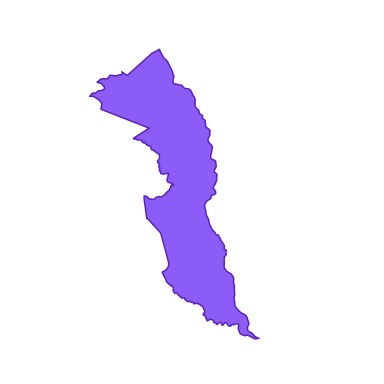 Xique-Xique, Bahia, Brazil (Mercator projection), rotated 128°
{"feature_id": "56859067B66564392047152", "entity_name": "Xique-Xique", "entity_type": "district", "adm_level": 2, "iso_a3": "BRA", "parent_name": "Brazil", "parent_adm1": "Bahia", "projection": "mercator", "projection_center": [-42.742, -10.906], "detail": "fine", "context": "isolated", "style": "filled", "palette": "violet", "viewbox_px": 384, "rotation_deg": 128, "n_neighbors": 0, "source": "geoboundaries", "source_scale": "gbopen_adm2", "svg_char_len": 6078}
<svg xmlns="http://www.w3.org/2000/svg" viewBox="0 0 384 384"><g transform="rotate(128 192 192)"><path d="M99.9,305.9L101.9,306.4L107.5,309.0L140.1,314.8L140.5,321.0L141.5,320.0L142.6,319.8L143.9,320.6L144.4,321.3L144.9,321.9L146.5,322.7L147.4,323.3L147.5,324.1L147.9,324.7L148.5,325.2L149.0,326.0L149.1,326.7L150.3,328.3L151.0,328.5L152.8,328.3L154.3,328.3L155.0,328.5L155.3,329.1L156.5,330.2L157.0,331.4L157.4,331.9L158.0,332.2L159.0,332.9L159.5,333.6L161.7,333.9L163.7,334.4L163.6,332.8L162.7,331.8L162.5,331.1L162.5,329.6L163.0,327.8L162.9,326.1L164.6,324.6L166.4,324.8L167.4,325.9L168.0,326.1L169.0,327.1L169.5,327.4L169.9,328.0L171.5,328.5L172.1,328.4L173.6,328.8L174.2,330.4L175.3,330.8L176.3,331.6L179.4,331.4L178.6,330.2L177.4,328.8L176.9,325.0L176.8,322.6L176.9,320.5L177.4,318.9L177.9,317.5L182.8,314.6L168.1,265.1L185.8,271.2L186.0,270.4L185.7,269.8L185.0,269.4L184.5,267.6L184.5,266.6L183.8,266.2L183.3,265.7L182.7,264.3L182.9,263.2L182.7,262.2L183.2,261.8L183.0,260.1L182.1,260.1L181.8,259.4L182.3,258.9L182.8,256.6L182.2,256.0L182.5,255.3L182.3,254.5L181.5,253.6L181.5,252.9L181.9,252.2L182.6,251.9L183.5,249.8L183.4,249.2L183.0,248.8L182.7,248.1L183.0,247.2L182.8,245.5L183.0,244.7L182.6,244.1L182.8,243.2L182.8,242.4L182.5,241.9L182.5,241.4L183.7,239.9L184.1,239.3L185.7,238.2L186.6,238.3L187.9,238.1L188.9,238.3L190.0,237.0L189.4,235.6L189.8,234.9L190.5,234.9L191.1,234.6L191.5,234.2L192.3,234.0L192.7,233.5L192.6,232.9L192.6,232.1L193.3,231.8L193.9,232.0L194.4,231.6L194.9,231.0L195.5,230.1L195.3,229.3L196.4,228.5L196.6,227.6L195.7,226.4L195.7,225.7L194.5,224.7L193.7,224.3L192.8,222.8L192.3,222.5L191.9,221.7L197.4,219.4L198.3,218.7L198.9,218.0L199.0,217.3L198.5,215.1L197.4,213.4L197.8,211.8L197.9,210.8L198.7,211.0L198.7,211.9L199.1,212.4L199.7,212.5L200.5,212.4L201.9,211.6L205.1,211.1L208.1,211.9L210.6,211.8L213.5,212.8L214.3,212.9L214.8,213.3L215.8,215.0L217.0,216.1L218.8,217.3L220.0,217.0L220.6,217.2L221.4,217.7L221.9,218.3L222.5,219.3L222.7,220.0L223.2,220.9L223.8,221.5L223.8,222.2L223.4,224.0L223.3,224.8L223.8,226.1L224.7,227.2L226.9,225.5L240.6,211.4L240.4,210.8L240.4,210.0L243.6,191.4L255.1,176.0L263.0,165.7L264.0,165.4L264.7,165.0L265.1,164.6L267.4,164.7L269.1,164.2L272.7,166.0L273.5,165.9L274.2,165.3L274.4,164.0L275.2,163.2L276.0,161.2L276.1,160.5L277.2,158.4L278.2,157.2L278.6,156.0L278.8,152.7L278.6,151.9L278.9,151.4L278.8,150.8L278.3,150.2L278.6,149.4L278.7,148.3L279.1,147.6L281.4,146.1L281.7,145.5L282.4,143.2L281.9,142.8L280.8,141.4L281.8,139.1L281.6,137.7L281.9,136.5L281.6,135.6L281.9,134.8L281.4,134.2L280.7,133.7L280.2,132.9L280.5,132.2L280.9,131.8L280.8,131.1L281.2,129.1L281.0,128.2L280.6,127.4L279.9,126.8L279.4,126.0L279.7,125.4L279.4,124.8L278.8,124.2L278.4,123.7L278.6,122.8L279.0,121.7L278.6,121.2L278.0,121.2L277.6,120.8L277.2,120.3L277.1,119.6L276.7,119.0L276.2,118.5L276.0,117.8L276.0,115.4L275.7,113.7L276.6,111.0L277.2,110.5L277.4,109.5L277.9,108.8L278.6,108.1L279.2,108.2L279.9,108.0L281.3,108.0L281.9,107.3L281.1,106.8L281.2,106.3L281.8,105.8L281.9,104.4L283.3,102.9L283.0,102.2L283.4,101.7L284.2,101.0L283.8,100.4L281.3,99.2L280.7,98.9L280.3,97.9L280.2,95.9L280.4,95.4L281.3,94.9L281.2,93.8L280.6,92.8L280.6,92.0L281.2,91.2L280.7,90.6L278.3,90.0L277.2,89.3L276.9,88.4L277.3,87.8L278.3,86.9L278.3,86.0L277.4,85.7L276.4,85.8L274.7,85.2L274.1,84.9L273.6,84.2L274.8,82.0L275.0,81.1L274.9,80.5L274.6,79.7L273.9,79.2L273.3,78.9L272.1,79.1L271.3,78.7L271.0,77.2L269.5,76.7L268.8,76.2L267.7,74.7L267.8,73.8L268.2,73.0L270.3,72.1L271.1,71.5L271.7,70.7L273.4,68.2L273.7,67.4L273.9,65.9L273.7,64.6L273.1,63.3L272.8,62.1L272.2,61.3L271.4,61.3L270.4,59.2L270.2,57.9L269.8,57.2L269.8,55.7L269.6,55.1L269.4,53.5L268.5,51.1L267.2,50.3L266.4,49.6L267.0,52.9L267.0,54.5L266.3,57.0L266.5,58.9L267.0,61.4L266.9,62.2L266.6,63.0L264.3,65.2L263.5,65.4L262.7,65.4L261.6,65.7L260.7,66.2L260.2,66.7L257.5,70.8L257.0,71.3L256.6,72.3L256.2,73.5L256.1,74.4L256.2,75.4L256.9,78.5L256.9,80.8L256.0,85.9L255.4,87.5L255.0,88.4L252.2,90.8L251.1,92.4L249.6,93.6L248.5,94.3L246.9,94.8L246.2,95.4L245.7,96.1L243.6,97.7L242.3,99.0L241.2,99.7L239.2,101.6L237.5,103.9L234.7,105.6L233.4,107.7L232.8,109.4L232.6,110.5L233.0,114.6L232.8,117.2L232.2,119.1L231.2,120.6L227.8,123.0L227.4,123.5L224.1,125.9L223.1,126.4L222.4,126.5L220.4,126.5L219.9,126.7L219.5,127.2L219.3,128.0L218.8,128.3L217.5,128.5L217.0,128.8L216.7,129.6L217.1,130.8L217.0,131.6L216.6,132.0L214.7,133.0L214.3,133.7L213.4,136.0L212.6,138.9L212.2,139.8L211.2,141.3L210.6,142.9L209.8,144.7L209.8,145.3L210.5,145.8L210.8,146.4L210.7,147.1L209.6,149.6L209.5,151.8L208.7,154.0L207.3,156.9L205.7,159.6L204.0,161.4L203.2,162.5L201.9,165.5L200.4,167.6L197.8,170.3L195.9,172.8L195.2,173.5L193.6,174.3L192.8,174.6L191.9,174.7L189.1,174.5L186.4,173.4L185.6,173.4L184.8,173.6L183.5,174.2L182.8,174.4L181.5,173.9L179.8,172.6L179.1,172.5L178.5,172.6L177.9,172.9L177.3,173.4L176.7,174.7L175.9,177.3L175.6,177.8L175.1,178.2L174.2,178.5L171.8,178.5L167.3,179.9L166.6,180.3L165.5,181.5L164.8,182.0L163.4,182.5L163.0,182.9L162.7,183.7L162.4,186.5L162.0,187.1L161.4,187.5L160.7,187.9L157.8,188.3L156.6,188.9L153.5,192.1L153.2,192.8L153.1,193.4L153.2,194.0L154.0,196.5L153.7,197.9L153.2,198.6L152.4,199.3L151.5,199.8L146.7,202.1L143.9,203.8L143.6,204.3L143.1,205.7L142.7,208.1L142.3,209.7L141.2,211.5L139.9,212.2L137.6,212.6L136.3,213.0L133.4,214.9L132.8,215.4L132.3,216.1L132.1,216.9L132.2,220.2L132.1,221.1L131.7,221.7L130.6,222.9L127.8,225.4L127.3,226.4L127.4,227.4L127.7,228.3L127.6,229.0L125.5,230.6L125.3,231.4L125.3,232.3L125.7,233.8L125.6,234.4L123.8,236.6L123.4,237.5L123.3,240.2L123.1,241.2L122.2,242.7L117.9,245.9L116.5,247.4L115.8,248.9L115.0,251.1L113.2,254.4L112.6,256.2L112.6,257.4L113.0,258.3L114.3,260.5L114.9,262.2L114.9,262.9L114.8,263.5L114.4,264.4L114.2,265.4L114.3,266.0L115.0,267.1L115.8,269.1L117.5,272.3L117.7,273.2L117.6,273.8L116.8,274.8L114.9,276.2L112.6,277.1L111.9,277.5L110.9,279.5L109.3,281.4L108.2,283.3L106.6,287.1L104.6,290.9L103.9,293.2L103.9,295.5L103.6,297.0L103.1,298.4L100.7,303.7L99.8,305.0L99.9,305.9Z" fill="#8b5cf6" stroke="#5b21b6" stroke-width="1.5"/></g></svg>